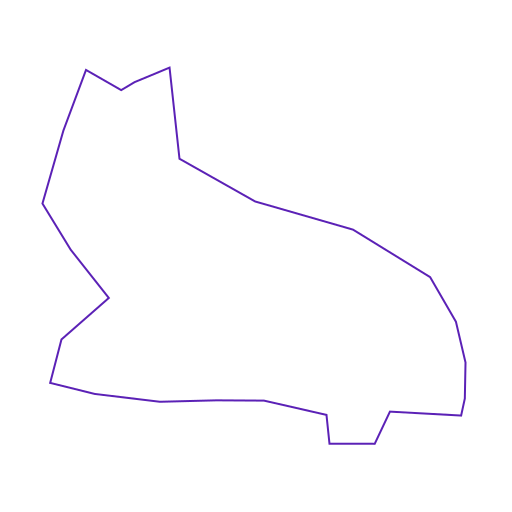 the border of Saint David, rotated 93°
{"feature_id": "VCT-5066", "entity_name": "Saint David", "entity_type": "Parish", "adm_level": 1, "iso_a3": "VCT", "parent_name": "Saint Vincent and the Grenadines", "parent_adm1": "", "projection": "orthographic", "projection_center": [-61.207, 13.318], "detail": "fine", "context": "isolated", "style": "outline", "palette": "violet", "viewbox_px": 512, "rotation_deg": 93, "n_neighbors": 0, "source": "natural_earth", "source_scale": "10m", "svg_char_len": 479}
<svg xmlns="http://www.w3.org/2000/svg" viewBox="0 0 512 512"><g transform="rotate(93 256 256)"><path d="M79.1,435.5L97.4,399.3L88.7,386.3L72.4,352.2L162.9,337.5L201.6,259.7L224.6,160.5L268.0,81.0L311.2,52.9L351.4,41.2L387.4,40.0L404.6,42.8L404.4,114.1L437.3,127.6L439.6,172.8L411.0,177.3L400.0,240.5L402.2,287.9L406.6,344.3L402.2,409.8L393.5,454.9L349.5,445.9L305.6,400.8L259.4,441.4L214.8,472.0L140.8,454.9L79.1,435.5Z" fill="none" stroke="#5b21b6" stroke-width="2"/></g></svg>